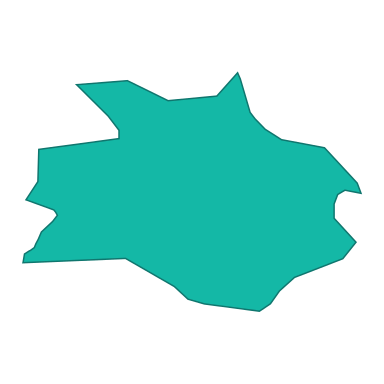 Koper, Equal Earth projection
{"feature_id": "SVN-1031", "entity_name": "Koper", "entity_type": "Municipality", "adm_level": 1, "iso_a3": "SVN", "parent_name": "Slovenia", "parent_adm1": "", "projection": "equal_earth", "projection_center": [13.807, 45.513], "detail": "fine", "context": "isolated", "style": "filled", "palette": "teal", "viewbox_px": 384, "rotation_deg": 0, "n_neighbors": 0, "source": "natural_earth", "source_scale": "10m", "svg_char_len": 697}
<svg xmlns="http://www.w3.org/2000/svg" viewBox="0 0 384 384"><path d="M168.1,100.7L216.8,96.1L237.6,72.8L240.3,79.0L250.1,112.4L255.0,118.8L265.2,129.3L281.5,139.7L324.5,147.8L357.2,183.1L360.9,193.0L361.0,193.3L344.9,190.2L337.7,194.5L334.1,204.0L334.1,218.3L356.0,242.2L342.8,258.7L294.5,277.4L279.5,290.9L270.4,303.8L259.4,311.2L204.3,303.9L188.0,299.2L174.3,286.5L125.5,258.4L23.0,262.7L23.1,262.3L24.5,254.0L29.3,250.9L30.3,250.5L34.3,247.6L35.9,243.7L38.3,239.2L41.4,232.0L52.7,221.4L57.4,215.3L55.6,212.1L53.8,209.9L26.0,199.8L37.9,181.6L38.8,149.4L119.0,138.6L119.0,130.3L108.1,116.0L92.7,100.7L76.6,84.7L127.4,80.7L168.1,100.7Z" fill="#14b8a6" stroke="#0f766e" stroke-width="1.5"/></svg>